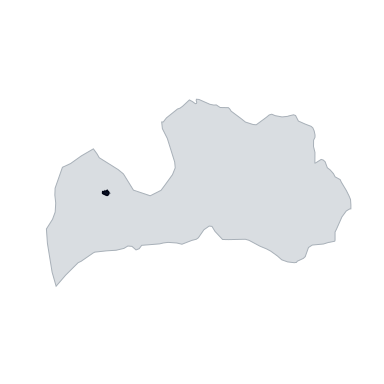 Virbu pag., Talsi, Latvia shown in context, rotated 348°
{"feature_id": "27541924B43338172506229", "entity_name": "Virbu pag.", "entity_type": "district", "adm_level": 2, "iso_a3": "LVA", "parent_name": "Latvia", "parent_adm1": "Talsi", "projection": "orthographic", "projection_center": [22.631, 57.128], "detail": "fine", "context": "in_parent", "style": "filled", "palette": "ink", "viewbox_px": 384, "rotation_deg": 348, "n_neighbors": 0, "source": "geoboundaries", "source_scale": "gbopen_adm2", "svg_char_len": 3143}
<svg xmlns="http://www.w3.org/2000/svg" viewBox="0 0 384 384"><g transform="rotate(348 192 192)"><path d="M279.5,282.6L277.3,282.4L271.1,280.3L265.7,277.0L262.3,272.4L256.7,266.2L253.0,263.1L247.3,259.2L237.7,251.1L234.3,249.3L218.0,246.2L212.0,244.8L206.3,235.3L204.4,229.8L201.7,228.9L198.9,230.1L195.8,231.4L188.7,238.1L186.4,239.1L181.8,239.3L171.3,241.0L166.5,238.7L158.1,236.3L153.5,235.9L149.5,236.0L131.7,233.7L128.5,236.5L125.2,237.0L122.0,232.7L118.0,231.5L113.7,233.0L105.7,233.2L96.3,231.8L84.4,230.6L82.6,231.1L69.2,236.7L65.9,237.5L51.2,247.0L39.5,255.9L38.5,241.3L39.9,212.2L41.9,197.9L49.9,189.7L54.0,183.2L56.4,174.5L57.2,166.5L58.9,159.8L70.4,140.9L79.2,138.9L91.2,133.7L104.5,129.3L107.0,134.9L108.4,139.2L124.5,154.8L128.7,160.1L135.1,178.0L150.3,187.0L162.1,183.9L167.2,179.4L176.5,171.0L180.6,164.9L181.3,159.1L179.0,134.5L176.2,123.9L176.9,117.2L178.5,117.5L182.4,114.2L195.1,107.8L197.7,107.5L200.6,106.2L208.6,101.4L211.3,103.7L213.6,106.3L214.8,106.3L215.3,105.3L215.1,103.5L215.6,102.2L218.0,102.9L227.7,109.9L231.4,111.5L233.9,111.9L237.1,115.2L245.2,117.1L246.3,118.9L247.1,121.1L255.1,130.2L258.8,134.7L265.8,138.7L268.8,139.6L280.3,134.4L283.5,132.7L286.2,132.5L289.2,134.6L295.7,137.3L301.5,137.9L302.5,137.7L307.4,137.6L309.2,138.7L310.8,144.7L316.7,149.0L322.1,152.5L323.5,154.3L324.2,157.7L324.2,161.8L323.7,164.0L321.7,166.6L320.3,172.9L320.5,178.8L318.2,189.2L318.9,189.3L325.1,187.0L327.0,188.0L328.5,190.1L329.4,196.4L331.7,199.1L334.2,203.5L335.1,206.9L339.5,210.7L340.1,213.4L343.3,222.7L344.7,228.1L345.5,232.3L344.7,237.8L343.9,241.5L342.6,241.4L339.0,242.6L333.5,247.5L325.6,258.4L323.6,260.9L321.9,268.9L321.4,269.8L316.3,269.8L314.9,269.7L309.8,270.2L298.6,268.9L294.4,270.5L289.3,278.8L287.1,280.1L280.6,281.6L279.5,282.6Z" fill="#d9dde1" stroke="#a8b0b8" stroke-width="1"/><path d="M109.5,177.1L109.6,176.9L109.8,176.8L109.9,176.7L110.0,176.7L110.1,176.4L110.0,176.2L109.9,176.2L110.0,176.0L110.2,175.8L110.2,175.7L110.3,175.6L110.5,175.6L110.3,175.4L110.4,175.2L110.2,175.0L110.3,174.9L110.3,174.7L110.3,174.4L110.2,174.3L110.3,174.2L110.1,174.0L109.9,174.0L109.7,173.9L109.6,173.6L109.8,173.5L109.7,173.5L109.7,173.4L109.5,173.2L109.4,173.2L109.5,172.9L109.4,172.7L109.2,172.8L108.9,172.9L108.9,173.0L108.7,173.2L108.6,173.3L108.4,173.3L108.3,173.5L108.2,173.5L108.1,173.8L108.0,173.7L107.9,173.6L107.7,173.4L107.3,173.1L107.2,173.0L107.1,173.3L106.9,173.4L106.7,173.5L106.3,173.6L106.3,173.4L106.2,173.4L106.0,173.2L105.9,173.2L105.6,173.2L105.4,173.2L105.3,173.3L105.2,173.3L104.9,173.2L104.7,173.1L104.6,173.4L104.6,173.5L104.5,173.8L104.7,174.0L104.5,174.3L104.4,174.3L104.4,174.5L104.3,174.8L104.6,175.0L104.7,174.8L104.9,174.9L104.9,175.1L105.0,175.1L105.1,175.3L105.2,175.5L105.3,175.5L105.4,175.8L105.5,175.8L105.8,176.0L106.0,176.0L106.0,175.9L106.3,175.8L106.5,175.8L106.5,176.0L106.4,176.2L106.2,176.2L106.3,176.2L106.3,176.4L106.5,176.6L106.7,176.8L106.9,176.9L107.0,177.0L107.3,177.2L107.5,177.3L107.8,177.5L108.0,177.6L108.4,177.7L108.6,177.7L108.8,177.7L109.0,177.5L109.1,177.4L109.3,177.3L109.3,177.2L109.5,177.1Z" fill="#0f172a" stroke="#020617" stroke-width="1.5"/></g></svg>